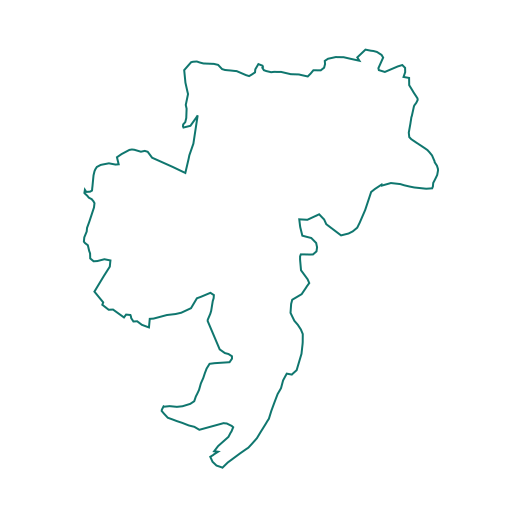 the district of Birkat Al-Sab, Al Gharbiyah, Egypt, rotated 94°
{"feature_id": "37247803B30511282692114", "entity_name": "Birkat Al-Sab", "entity_type": "district", "adm_level": 2, "iso_a3": "EGY", "parent_name": "Egypt", "parent_adm1": "Al Gharbiyah", "projection": "albers", "projection_center": [31.097, 30.651], "detail": "fine", "context": "isolated", "style": "outline", "palette": "teal", "viewbox_px": 512, "rotation_deg": 94, "n_neighbors": 0, "source": "geoboundaries", "source_scale": "gbopen_adm2", "svg_char_len": 4314}
<svg xmlns="http://www.w3.org/2000/svg" viewBox="0 0 512 512"><g transform="rotate(94 256 256)"><path d="M367.1,207.5L350.4,203.8L340.6,203.4L339.7,203.4L338.6,203.4L330.6,203.9L326.2,206.1L321.7,209.5L321.1,210.1L318.0,213.2L314.2,215.4L310.3,217.6L301.3,217.6L297.1,216.8L290.9,207.8L283.6,203.6L282.8,203.2L279.3,201.0L275.6,202.9L267.1,210.1L258.3,211.5L256.3,211.8L253.3,212.0L251.3,211.4L251.0,207.0L250.9,204.6L250.7,201.5L250.5,199.3L249.5,198.3L247.2,196.0L244.7,195.8L243.0,195.7L238.8,196.9L234.2,202.1L233.3,207.0L232.5,211.2L224.4,213.8L223.2,214.1L216.4,215.4L216.3,207.3L210.0,195.9L213.2,192.4L214.8,190.6L219.4,188.1L229.5,172.6L227.5,166.4L227.1,165.2L225.7,162.9L224.7,161.2L220.7,157.0L215.6,154.9L202.5,150.3L184.1,145.6L180.9,142.1L176.0,135.7L177.0,135.4L173.8,126.5L174.2,117.0L175.1,113.2L176.0,107.6L176.6,102.9L176.8,97.3L177.0,91.8L177.0,90.7L176.2,85.0L174.4,84.4L170.7,84.3L168.0,83.1L166.3,82.4L163.3,81.2L162.5,80.9L158.0,80.4L156.4,80.6L153.3,81.8L150.0,84.3L149.0,84.5L147.3,85.4L143.4,87.4L140.2,90.4L139.3,91.4L138.4,92.3L136.6,95.3L131.7,104.0L128.7,109.2L126.7,111.4L122.3,112.2L113.0,111.2L111.6,111.1L109.6,110.9L106.8,110.7L105.3,110.3L99.2,109.4L95.8,108.9L94.8,108.6L92.0,106.8L89.0,105.6L87.5,105.9L86.7,106.5L81.7,110.3L80.5,111.1L74.9,115.1L67.7,115.7L67.1,121.3L62.2,120.0L57.9,120.4L55.3,123.4L57.0,127.8L63.4,140.3L62.0,146.4L60.1,147.0L49.2,143.0L46.9,144.6L46.7,144.7L44.0,149.6L43.3,153.2L43.2,155.7L42.5,161.2L50.8,168.8L54.0,166.5L52.7,175.3L51.6,182.4L52.0,190.4L53.1,194.1L54.2,197.9L56.6,201.0L59.7,200.5L63.4,201.2L66.3,204.4L66.7,211.7L70.3,214.3L73.3,216.9L72.3,223.6L71.9,225.8L72.2,234.0L71.4,239.0L70.6,243.9L70.9,247.5L71.0,250.6L71.6,253.7L70.8,258.6L70.1,261.1L67.8,262.8L67.0,262.2L65.7,262.8L64.9,265.4L64.4,267.0L69.8,269.7L72.9,269.8L75.3,272.9L77.0,275.4L76.3,278.5L72.9,288.2L72.9,289.9L72.7,295.0L72.7,296.4L72.6,299.9L71.9,302.9L68.0,307.1L67.3,311.4L67.6,321.9L66.9,325.6L66.1,328.6L66.6,332.3L67.2,334.2L69.8,336.2L75.6,340.6L88.0,338.5L96.7,335.9L99.2,335.1L110.2,336.6L113.9,335.5L123.2,335.2L127.4,335.9L129.8,337.8L131.7,337.9L132.9,337.3L130.7,330.5L122.2,325.3L119.8,324.0L148.3,326.3L160.1,329.5L163.8,330.0L178.1,332.3L173.0,345.2L165.2,366.5L159.6,371.3L158.9,374.3L160.0,378.1L158.5,384.8L158.4,387.2L159.0,389.7L163.7,397.2L167.2,401.6L174.1,399.4L174.6,402.5L173.8,409.2L175.5,415.6L176.0,417.3L178.3,421.0L180.7,422.3L182.6,423.0L186.8,423.7L193.6,423.9L197.9,424.0L199.7,424.1L201.0,424.1L202.2,424.2L203.4,426.0L203.9,429.8L201.9,431.3L205.1,431.6L205.7,431.0L207.6,428.6L209.5,426.8L210.8,423.8L211.5,423.2L212.7,422.0L214.6,420.8L218.9,421.0L232.3,424.4L234.2,424.9L239.7,426.5L243.4,426.6L249.4,428.6L253.7,428.7L255.0,427.5L257.0,424.5L262.5,422.8L265.0,421.7L270.0,421.2L272.6,417.6L272.1,413.9L269.8,407.0L270.6,400.9L273.1,401.0L276.8,401.1L281.6,403.7L286.4,406.3L290.1,408.2L302.8,414.7L312.9,405.2L315.4,405.9L319.9,399.2L319.4,394.9L326.5,383.4L323.5,381.5L323.6,377.2L324.9,376.6L326.8,376.1L329.9,373.7L329.4,370.0L332.6,365.1L334.4,359.0L334.7,357.8L326.1,357.6L325.6,353.9L323.9,348.9L321.1,340.8L319.5,332.2L317.8,326.6L312.6,317.2L302.3,312.0L300.6,308.2L295.9,298.9L297.2,296.6L297.9,295.3L301.0,295.3L304.0,296.0L313.9,296.9L316.9,297.6L323.0,299.7L324.2,299.7L351.7,285.7L355.0,280.3L355.7,276.6L357.7,273.0L360.1,272.8L363.8,275.0L365.8,289.8L366.8,294.8L371.7,297.4L374.7,298.3L375.9,298.7L381.4,300.1L386.9,302.1L393.6,303.5L397.5,305.0L400.3,306.2L405.2,307.5L408.1,311.3L411.0,318.8L412.0,324.4L411.8,331.7L412.7,336.9L412.4,337.7L415.9,339.2L417.1,339.3L419.6,336.9L423.5,332.7L424.9,327.8L426.2,323.5L427.6,318.0L429.7,311.3L430.0,309.7L430.7,305.6L431.6,303.8L433.3,300.4L432.9,299.2L425.0,276.7L425.1,275.2L425.1,273.5L426.8,269.4L427.1,268.5L428.4,266.8L432.9,268.3L433.8,268.9L438.4,270.9L448.1,280.4L449.4,281.3L453.7,284.1L453.8,281.6L453.9,280.2L456.8,284.1L457.5,284.8L459.0,286.9L459.5,287.6L464.3,285.0L467.8,280.8L469.2,275.5L469.5,274.7L463.9,269.7L459.9,265.0L454.0,258.1L449.4,252.4L447.8,250.3L443.6,246.9L437.7,242.4L430.3,238.6L427.9,237.3L422.8,234.6L419.8,233.1L417.5,231.8L409.4,229.9L400.8,227.4L393.2,225.1L392.2,224.8L386.7,222.1L386.0,221.8L378.2,220.3L374.4,218.6L371.2,217.1L371.8,212.0L371.1,211.4L367.1,207.5Z" fill="none" stroke="#0f766e" stroke-width="2"/></g></svg>